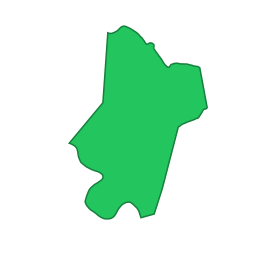 the district of Pimienta, Cortés, Honduras, rotated 123°
{"feature_id": "27666195B68412156052956", "entity_name": "Pimienta", "entity_type": "district", "adm_level": 2, "iso_a3": "HND", "parent_name": "Honduras", "parent_adm1": "Cortés", "projection": "natural_earth1", "projection_center": [-87.976, 15.271], "detail": "fine", "context": "isolated", "style": "filled", "palette": "green", "viewbox_px": 256, "rotation_deg": 123, "n_neighbors": 0, "source": "geoboundaries", "source_scale": "gbopen_adm2", "svg_char_len": 5607}
<svg xmlns="http://www.w3.org/2000/svg" viewBox="0 0 256 256"><g transform="rotate(123 128 128)"><path d="M160.3,66.2L99.7,86.4L98.4,85.6L97.2,85.3L95.7,84.7L94.1,83.8L92.9,82.8L91.5,82.0L90.5,81.4L89.6,80.6L87.0,78.7L86.1,77.9L85.0,77.2L83.6,76.3L82.6,75.7L81.8,74.9L81.1,74.5L76.2,74.5L74.7,74.5L73.4,74.6L71.3,74.8L69.5,73.1L68.8,72.7L68.0,72.7L67.8,72.7L38.4,100.6L38.4,101.1L38.4,101.6L38.4,102.5L38.5,102.9L38.6,103.2L38.7,103.5L39.9,106.1L40.1,106.4L40.1,106.6L40.2,106.8L40.3,107.4L40.4,107.7L40.5,108.3L40.6,108.6L40.8,109.1L41.2,110.1L41.4,110.5L41.5,110.9L41.7,111.7L41.8,112.1L42.0,112.6L42.2,113.2L42.2,113.3L42.3,113.5L44.8,117.5L45.2,118.1L45.4,118.4L45.8,119.3L46.1,120.1L46.6,121.3L46.9,121.9L47.1,122.4L47.2,122.6L47.5,122.9L47.8,123.2L48.0,123.5L48.3,123.9L48.4,124.0L48.6,124.3L49.0,124.6L49.5,125.0L49.9,125.3L50.2,125.5L50.7,126.0L50.9,126.2L51.0,126.3L51.3,126.4L51.7,126.5L52.2,126.6L52.4,126.6L52.6,126.6L53.0,126.5L53.4,126.5L53.6,126.5L53.8,126.5L54.0,126.5L54.4,126.6L54.5,126.7L54.7,126.8L54.9,126.9L55.0,127.1L55.1,127.3L55.2,127.6L55.2,127.8L55.2,128.0L55.3,128.4L55.2,128.8L55.1,129.8L55.0,130.4L54.9,130.8L54.8,131.4L54.5,132.2L54.4,132.5L54.1,133.3L53.8,134.0L53.7,134.3L53.5,134.5L53.1,135.3L52.9,135.6L52.8,135.9L52.5,136.5L52.3,137.1L52.2,137.4L52.0,137.8L51.8,138.1L51.7,138.4L51.5,138.8L51.3,139.7L51.1,140.1L51.0,140.5L48.6,146.7L47.9,148.4L47.6,149.1L47.5,149.3L47.3,149.5L47.2,149.7L47.1,149.8L46.8,150.0L46.2,150.3L45.2,150.8L44.9,151.0L44.6,151.2L44.3,151.5L44.0,151.8L43.8,152.1L43.8,153.4L43.8,154.0L43.9,154.5L44.0,154.8L44.2,155.1L44.3,155.4L44.5,155.7L44.6,155.8L44.8,156.0L45.0,156.2L45.3,156.4L45.5,156.6L45.9,156.7L46.3,156.9L46.6,157.0L46.8,157.2L47.1,157.4L47.2,157.5L47.3,157.6L47.4,157.8L47.5,157.9L47.5,158.0L47.6,158.3L47.6,158.5L47.5,158.9L47.4,159.1L47.0,160.1L45.9,162.6L45.6,163.5L45.3,164.1L45.2,164.5L44.9,165.3L44.8,165.6L44.8,165.8L44.7,166.1L44.7,166.6L44.7,166.8L44.6,167.2L44.5,167.5L44.5,167.8L44.4,168.2L44.2,168.5L44.0,169.1L43.9,169.4L43.8,169.8L43.7,170.4L43.6,170.7L43.5,171.6L43.4,172.4L43.3,173.1L43.3,173.5L43.3,174.0L43.3,175.1L43.3,176.0L43.3,178.8L43.4,180.0L43.4,180.5L43.4,181.1L43.6,182.3L43.9,184.1L44.1,185.2L44.2,185.6L44.3,186.0L44.6,186.6L44.7,186.8L44.9,187.0L45.0,187.2L45.2,187.4L45.4,187.6L45.7,187.8L46.0,188.1L46.3,188.3L46.5,188.4L46.7,188.6L47.2,188.7L47.8,188.9L48.1,189.0L49.5,189.3L50.4,189.5L51.7,189.8L52.2,189.9L52.6,190.1L52.8,190.2L53.1,190.3L54.0,190.8L55.2,191.5L55.5,191.7L55.9,192.0L56.6,192.5L56.9,192.7L57.3,193.0L57.6,193.4L57.8,193.5L58.1,194.0L58.3,194.3L58.5,194.7L58.7,195.0L58.8,195.3L58.9,195.6L59.0,196.0L59.0,196.3L59.1,196.8L71.2,190.1L120.5,162.8L172.8,169.0L172.6,168.2L172.4,167.5L172.4,167.3L172.3,166.9L172.2,166.1L172.2,165.6L172.1,164.9L172.1,164.3L172.1,163.9L172.1,163.5L172.1,162.9L172.2,162.4L172.2,162.0L172.3,161.6L172.5,161.2L172.6,160.8L172.8,160.3L173.0,159.9L173.2,159.7L173.3,159.5L173.7,158.9L174.2,158.4L174.4,158.1L174.7,157.8L175.9,156.7L176.8,155.9L177.7,155.1L178.3,154.6L178.6,154.3L178.9,154.0L179.3,153.5L179.8,152.8L180.2,152.3L180.6,151.8L181.4,150.5L181.9,149.8L182.3,149.0L182.4,148.8L182.5,148.6L182.7,147.0L182.9,145.4L183.1,142.9L183.2,142.1L183.2,141.8L183.2,141.4L183.1,140.4L183.0,139.5L182.9,138.4L182.8,137.1L182.6,135.8L182.5,135.3L182.4,134.7L182.3,134.2L181.9,132.6L181.5,131.2L181.1,129.9L181.0,129.4L180.9,129.0L180.9,128.5L180.8,128.0L180.8,127.7L180.8,127.3L180.8,126.4L180.9,125.9L180.9,125.3L181.0,124.8L181.1,124.1L181.2,123.9L181.3,123.7L181.5,123.4L181.7,123.1L181.9,122.9L182.1,122.7L182.4,122.5L182.6,122.3L182.8,122.2L183.1,122.0L183.3,121.9L183.6,121.9L183.8,121.8L184.0,121.8L184.3,121.8L184.7,121.8L185.0,121.8L185.3,121.8L185.7,121.9L186.0,122.0L186.5,122.1L187.6,122.5L188.5,122.9L189.2,123.2L190.7,123.8L191.4,124.2L192.5,124.7L193.1,125.0L193.8,125.3L194.3,125.5L195.7,125.9L196.9,126.2L198.0,126.5L199.0,126.7L199.4,126.7L200.0,126.8L200.5,126.8L201.0,126.8L201.6,126.8L202.0,126.7L202.7,126.6L203.3,126.5L204.7,126.2L206.2,125.9L206.8,125.8L208.0,125.5L209.6,125.0L211.0,124.6L212.1,124.2L212.6,124.0L212.8,124.0L213.0,123.9L213.3,123.7L213.5,123.4L213.8,123.1L214.1,122.7L214.4,122.3L214.7,121.9L214.9,121.4L215.1,121.0L215.4,120.5L215.7,119.8L215.9,119.1L216.0,118.7L216.2,118.2L216.5,117.2L216.7,116.5L216.8,115.9L216.9,115.4L216.9,115.0L217.0,114.5L217.0,113.8L217.0,113.0L217.0,111.8L217.0,110.7L217.1,110.2L217.1,109.2L217.2,107.9L217.3,107.3L217.4,106.7L217.5,105.9L217.6,105.4L217.6,105.0L217.6,104.6L217.6,103.8L217.6,103.3L217.6,102.5L217.5,101.3L217.4,100.5L217.2,99.4L217.2,99.2L217.1,98.9L217.1,98.7L216.9,98.3L216.8,98.0L216.3,97.2L215.9,96.5L215.4,95.8L214.9,95.0L214.4,94.4L214.0,94.0L213.8,93.7L213.7,93.6L213.2,93.2L212.9,93.0L212.3,92.6L211.8,92.4L211.6,92.2L211.2,92.1L210.8,91.9L210.3,91.8L209.9,91.7L209.6,91.6L209.2,91.6L208.9,91.5L208.0,91.5L207.1,91.5L206.4,91.5L205.5,91.6L204.3,91.7L203.0,91.8L202.5,91.9L201.9,91.9L201.4,91.9L200.8,91.9L199.6,91.8L198.5,91.7L198.0,91.6L197.0,91.5L196.6,91.4L196.2,91.3L195.7,91.2L195.4,91.1L195.1,91.1L194.7,90.9L194.0,90.5L193.6,90.3L192.7,89.8L192.4,89.6L192.2,89.5L191.9,89.3L191.5,89.0L191.2,88.7L190.9,88.4L190.6,88.1L190.3,87.7L190.0,87.4L189.9,87.3L189.7,87.0L189.5,86.6L189.3,86.2L189.2,85.9L189.1,85.5L189.1,85.2L189.0,84.8L189.0,84.3L189.1,83.7L189.2,82.7L189.2,82.2L189.4,81.1L189.6,80.1L189.8,79.0L190.1,77.8L190.2,77.3L190.3,76.8L190.5,76.3L190.7,75.8L190.9,75.4L191.1,75.0L191.3,74.6L191.4,74.3L191.6,74.0L191.9,73.6L192.2,73.1L193.3,71.8L194.9,69.8L196.2,68.3L185.9,59.2L160.3,66.2Z" fill="#22c55e" stroke="#15803d" stroke-width="1.5"/></g></svg>